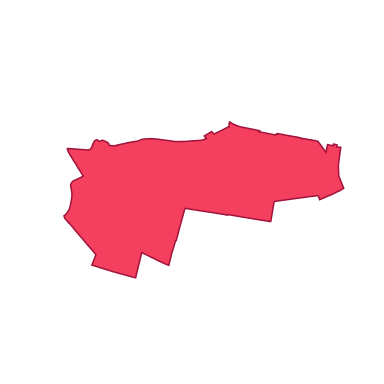 IJsselstein, Utrecht, Netherlands, rotated 300°
{"feature_id": "6326949B52103687367672", "entity_name": "IJsselstein", "entity_type": "district", "adm_level": 2, "iso_a3": "NLD", "parent_name": "Netherlands", "parent_adm1": "Utrecht", "projection": "albers", "projection_center": [5.028, 52.026], "detail": "fine", "context": "isolated", "style": "filled", "palette": "rose", "viewbox_px": 384, "rotation_deg": 300, "n_neighbors": 0, "source": "geoboundaries", "source_scale": "gbopen_adm2", "svg_char_len": 5480}
<svg xmlns="http://www.w3.org/2000/svg" viewBox="0 0 384 384"><g transform="rotate(300 192 192)"><path d="M271.0,321.6L279.3,311.1L288.0,305.6L290.0,304.7L291.7,304.0L301.1,300.1L302.6,299.5L305.0,298.6L303.5,294.6L305.4,293.9L304.2,290.5L302.6,291.1L300.8,285.7L300.3,285.9L299.9,286.0L296.4,287.1L296.2,287.3L295.7,287.4L295.1,287.6L294.2,287.9L293.8,288.2L293.4,288.3L293.6,287.8L293.9,287.1L294.7,285.3L295.2,284.1L295.3,283.9L298.8,275.9L298.2,273.5L298.0,272.9L297.8,272.3L296.3,268.1L295.6,266.3L293.8,261.2L293.6,261.3L292.9,259.9L293.2,259.7L293.3,259.6L292.3,256.2L290.6,251.6L287.9,244.1L285.9,238.3L285.6,237.7L285.4,237.4L285.1,237.2L285.4,237.1L285.3,236.6L284.8,236.3L283.3,235.8L283.1,235.7L281.8,231.9L277.7,220.0L278.7,220.1L278.3,219.0L278.6,219.1L277.1,214.4L275.6,210.0L273.6,204.1L273.2,202.8L272.3,199.9L271.7,196.2L271.5,194.2L271.4,193.6L271.5,190.1L271.2,190.1L271.3,189.6L269.5,190.0L269.0,190.2L268.6,190.5L267.2,191.6L267.0,191.4L265.7,190.3L261.6,187.7L259.0,186.0L256.9,184.7L256.5,184.3L256.2,183.9L254.9,183.2L253.2,182.1L253.3,181.9L254.2,178.8L246.6,174.6L245.6,177.7L245.2,177.4L245.0,177.2L243.5,176.1L242.6,175.4L241.8,174.6L240.7,173.2L239.5,171.3L235.9,165.9L235.1,164.8L234.8,164.5L233.2,162.0L232.0,160.3L231.1,158.7L229.7,156.3L229.5,156.1L228.1,153.6L227.3,152.2L226.7,150.8L226.4,150.1L226.3,149.8L225.9,148.8L225.6,148.1L225.0,146.5L224.2,144.6L223.7,143.4L223.5,142.9L223.1,141.9L222.6,140.9L221.4,137.8L221.3,137.6L220.3,135.1L219.5,133.6L219.0,132.5L218.7,131.9L218.3,131.0L218.0,130.4L217.9,130.1L216.8,128.5L214.8,125.3L213.2,123.2L212.4,122.1L212.1,121.8L211.8,121.6L211.3,121.3L210.9,121.1L210.3,120.6L209.5,120.0L208.9,119.4L207.2,117.4L207.0,117.1L206.4,116.4L205.8,115.6L204.8,114.4L203.5,112.9L202.8,112.0L202.2,111.3L200.4,109.5L199.3,108.2L198.5,107.4L197.5,106.2L196.2,104.9L195.2,103.8L195.2,104.0L193.9,102.6L193.7,102.1L193.0,101.6L192.9,101.4L192.6,100.9L192.5,100.5L192.1,99.2L191.8,98.7L191.4,98.2L191.2,97.8L191.1,97.6L191.1,97.4L191.1,97.2L192.0,96.0L192.3,95.5L192.4,95.2L192.6,94.5L192.7,94.0L192.7,93.6L192.6,92.7L192.5,92.0L192.5,90.8L192.4,90.4L192.3,89.6L192.2,88.9L192.1,88.6L190.4,87.1L189.8,86.6L189.6,86.6L189.8,83.7L189.5,83.3L189.2,83.0L188.4,82.5L188.0,82.3L187.5,82.1L187.2,82.1L186.8,82.0L186.2,82.0L185.7,82.0L182.3,82.4L182.3,82.7L181.7,82.6L181.3,82.7L180.6,82.8L180.3,82.9L180.2,82.7L179.8,82.7L179.2,82.6L178.7,82.5L178.0,82.4L177.3,82.1L177.0,81.6L176.8,81.3L176.2,80.5L175.6,79.4L175.3,78.6L173.1,74.2L171.5,70.8L169.1,65.8L168.3,64.0L167.7,62.9L167.5,62.7L166.9,62.4L166.4,63.0L165.5,64.3L165.4,64.2L165.3,64.3L164.4,65.7L162.4,69.2L162.5,69.2L160.8,72.1L160.1,73.4L159.3,75.0L159.0,75.6L158.9,75.9L158.1,77.4L156.0,81.2L155.8,81.2L155.6,81.9L155.3,82.5L152.5,87.7L151.4,89.8L149.7,88.8L147.9,87.7L146.5,86.7L145.1,85.8L143.0,84.2L142.3,83.7L141.8,83.5L141.3,83.3L139.9,83.1L139.7,83.1L139.2,83.1L138.1,83.2L137.7,83.3L137.2,83.5L136.7,83.8L136.1,84.3L135.2,85.1L134.9,85.3L134.6,85.6L132.9,87.0L132.4,87.5L131.7,88.0L131.0,88.5L128.6,89.9L127.8,90.3L126.7,90.8L122.0,92.5L120.9,92.9L119.6,93.4L117.7,93.9L116.2,94.2L115.6,94.3L113.3,94.3L111.6,94.2L110.7,94.1L109.7,93.9L109.2,93.7L108.8,93.6L107.5,93.0L106.0,94.4L105.8,94.7L105.7,95.0L105.6,95.5L105.6,95.4L105.4,95.5L104.5,98.2L104.2,99.1L104.0,99.5L103.8,99.9L103.7,100.2L103.8,100.2L103.7,100.4L103.7,100.5L103.7,100.9L103.6,101.3L103.1,102.6L102.3,105.1L101.8,106.4L100.9,108.5L99.7,111.9L97.3,118.7L97.2,119.1L97.2,119.4L96.7,120.7L96.3,121.4L96.1,122.1L95.6,123.7L95.1,124.8L93.9,128.3L92.4,132.5L90.1,139.0L89.8,139.9L89.6,139.9L89.1,140.3L87.3,140.5L82.0,141.3L80.3,141.6L79.2,141.7L78.6,141.8L79.4,145.2L81.1,152.7L82.1,157.4L82.2,157.6L83.3,162.5L83.5,163.7L83.9,164.8L84.9,168.9L85.5,171.1L85.7,171.5L85.7,171.9L86.4,174.3L87.1,177.4L87.6,179.0L88.1,180.8L88.2,181.5L89.1,184.6L89.5,186.1L100.5,182.8L102.0,182.4L114.4,178.8L114.6,182.2L114.8,184.0L114.9,185.3L114.9,185.6L115.0,187.0L115.0,187.3L115.0,188.8L115.2,190.3L115.4,192.8L115.4,193.0L115.5,193.8L115.4,194.1L115.6,195.9L115.6,196.2L115.6,196.4L115.7,197.5L115.7,197.8L115.7,198.1L115.7,198.3L115.8,198.6L115.8,198.8L115.9,200.1L115.9,200.3L116.0,201.5L116.1,201.9L116.1,202.3L116.2,203.2L116.4,206.2L116.5,206.5L117.0,208.6L117.9,208.3L119.2,207.9L119.8,207.7L120.7,207.5L121.4,207.2L125.3,206.2L126.3,205.9L127.8,205.4L130.3,204.7L131.1,204.6L131.8,204.5L133.9,204.0L141.7,202.1L141.9,202.6L147.1,201.3L152.1,199.9L154.6,199.2L160.8,197.6L164.3,196.7L174.3,194.1L174.4,194.3L177.0,201.0L177.4,202.1L178.3,204.3L179.5,207.6L180.5,210.1L184.6,220.6L186.5,225.7L188.5,230.7L189.0,232.4L189.7,234.3L189.9,234.3L190.2,234.2L190.6,235.0L190.8,235.8L191.3,236.6L191.4,236.8L191.6,237.4L191.8,238.1L192.4,239.8L192.9,241.1L193.6,243.0L194.3,244.8L195.3,247.6L195.6,248.6L196.5,250.8L197.8,254.1L198.4,255.8L198.7,256.6L200.7,261.9L201.0,262.8L201.6,264.3L201.8,264.8L202.2,266.0L202.4,266.4L203.0,267.9L203.8,270.0L204.3,271.2L204.7,272.4L205.7,274.9L205.9,274.9L206.1,274.9L209.3,273.7L218.9,270.1L224.6,268.0L225.1,268.2L225.4,268.5L225.7,268.9L227.5,271.3L230.6,275.2L231.6,276.6L234.9,280.8L236.0,282.1L238.0,284.8L239.9,287.2L240.4,287.9L242.3,290.4L244.1,292.7L244.5,293.3L247.3,296.8L248.7,298.8L250.3,300.9L251.1,301.8L251.8,302.8L251.1,304.0L250.3,305.1L249.6,305.9L249.1,306.3L250.2,307.2L251.8,308.4L257.5,312.6L257.6,312.8L259.9,314.5L262.1,315.9L264.5,317.5L267.3,319.6L267.7,319.5L271.0,321.6Z" fill="#f43f5e" stroke="#9f1239" stroke-width="1.5"/></g></svg>